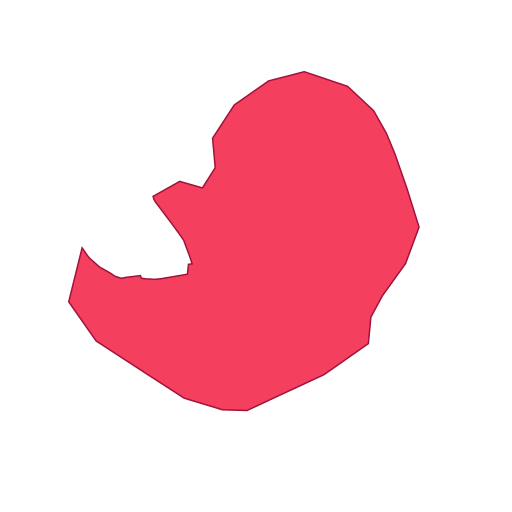 the district of Kumasi Metropolitan, Ashanti, Ghana, rotated 235°
{"feature_id": "2480657B53854728613413", "entity_name": "Kumasi Metropolitan", "entity_type": "district", "adm_level": 2, "iso_a3": "GHA", "parent_name": "Ghana", "parent_adm1": "Ashanti", "projection": "equal_earth", "projection_center": [-1.615, 6.69], "detail": "fine", "context": "isolated", "style": "filled", "palette": "rose", "viewbox_px": 512, "rotation_deg": 235, "n_neighbors": 0, "source": "geoboundaries", "source_scale": "gbopen_adm2", "svg_char_len": 792}
<svg xmlns="http://www.w3.org/2000/svg" viewBox="0 0 512 512"><g transform="rotate(235 256 256)"><path d="M362.4,118.2L325.9,76.3L278.1,76.3L222.9,98.5L180.6,115.7L149.3,140.3L134.6,160.0L129.0,192.0L119.8,243.7L119.8,297.8L140.1,315.1L151.1,337.2L164.0,374.1L186.1,406.1L224.7,418.4L259.7,428.3L281.8,433.2L307.5,435.7L342.5,428.3L379.3,401.2L392.2,366.8L392.2,324.9L377.4,288.0L351.7,273.2L342.5,251.1L360.9,236.3L363.9,205.9L361.4,205.0L358.6,204.6L329.6,205.6L318.5,205.8L310.4,205.8L304.0,204.1L295.0,201.8L286.2,199.2L287.9,195.9L280.4,189.4L291.7,165.5L295.2,159.2L297.4,156.7L300.0,153.1L303.6,149.3L306.2,150.1L313.1,137.2L315.0,132.9L320.2,128.9L325.7,126.8L336.5,121.6L341.8,120.3L349.3,118.5L352.3,118.2L362.4,118.2Z" fill="#f43f5e" stroke="#9f1239" stroke-width="1.5"/></g></svg>